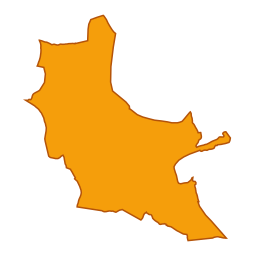 Union, Castries, Saint Lucia (Albers equal-area conic projection)
{"feature_id": "8701671B1865604971664", "entity_name": "Union", "entity_type": "district", "adm_level": 2, "iso_a3": "LCA", "parent_name": "Saint Lucia", "parent_adm1": "Castries", "projection": "albers", "projection_center": [-60.963, 14.03], "detail": "fine", "context": "isolated", "style": "filled", "palette": "amber", "viewbox_px": 256, "rotation_deg": 0, "n_neighbors": 0, "source": "geoboundaries", "source_scale": "gbopen_adm2", "svg_char_len": 5844}
<svg xmlns="http://www.w3.org/2000/svg" viewBox="0 0 256 256"><path d="M222.8,133.5L222.8,133.8L222.9,134.0L223.1,134.4L223.5,134.9L223.7,135.1L223.8,135.3L223.9,135.6L223.9,136.1L223.8,136.5L223.7,136.7L223.3,136.9L222.8,137.0L222.2,137.0L220.3,136.9L219.5,137.0L219.2,137.2L218.9,137.4L217.9,138.6L217.2,139.2L215.7,139.9L215.1,140.1L212.4,141.2L211.2,141.8L209.7,142.7L207.2,144.0L206.7,144.2L206.5,144.3L206.0,144.4L205.4,144.4L204.9,144.6L204.1,144.9L203.7,145.1L203.4,145.2L202.7,145.3L201.0,145.7L199.9,146.0L198.6,146.4L198.1,146.6L197.4,147.0L196.8,147.3L196.4,146.9L196.0,146.1L196.0,145.8L196.7,144.3L197.7,143.0L198.0,142.6L198.2,142.1L198.3,141.8L198.6,140.9L198.7,140.5L198.8,140.2L199.6,139.5L200.4,139.0L200.8,138.6L201.0,138.4L201.1,137.9L201.3,137.5L201.4,137.1L201.4,136.8L201.3,135.7L200.9,133.6L200.8,133.0L200.8,132.7L200.7,132.5L198.1,132.7L197.8,131.7L197.7,131.3L197.5,130.8L197.2,130.4L197.0,129.8L195.4,127.1L194.8,126.0L194.7,125.6L194.4,125.2L194.2,124.8L193.8,124.2L193.2,123.5L192.8,123.2L192.4,122.7L192.4,122.2L192.4,121.6L192.4,121.2L192.4,120.5L192.3,120.0L192.2,119.4L192.1,118.3L192.0,117.9L191.4,116.3L191.3,115.4L191.2,114.8L191.2,114.1L191.2,113.7L190.8,112.7L190.3,111.9L189.8,112.3L187.6,114.9L184.7,118.4L182.2,121.3L179.9,122.2L177.4,122.8L171.8,122.8L167.6,121.9L161.7,121.0L154.7,120.2L148.8,118.7L142.7,117.0L137.3,114.7L130.3,109.2L128.8,108.6L129.6,108.5L129.3,106.1L125.9,102.0L112.6,91.0L110.6,82.1L110.9,66.6L113.3,47.0L115.6,33.5L113.8,32.0L112.0,29.7L109.8,26.2L107.9,22.9L106.4,19.6L104.0,16.1L103.2,15.4L97.1,17.3L90.8,19.6L88.8,24.2L88.1,29.2L87.7,40.7L75.6,43.5L75.2,43.2L74.8,43.7L72.7,43.4L71.9,43.5L70.0,43.6L69.1,43.6L68.4,43.7L67.1,44.0L65.9,44.0L65.3,44.1L64.1,44.3L61.9,44.3L60.9,44.1L60.1,44.2L58.6,44.9L57.7,45.0L57.1,45.0L56.3,44.8L54.5,44.3L54.1,44.2L51.8,44.7L49.7,43.5L46.8,42.2L44.9,42.0L41.7,40.8L39.3,40.2L39.3,40.4L40.1,42.2L40.4,42.7L40.5,43.3L40.8,44.7L40.8,45.1L40.9,45.6L40.8,47.8L40.8,48.4L41.0,49.5L41.0,49.8L40.9,52.4L40.4,56.3L40.1,57.8L39.6,59.4L39.3,60.6L39.0,61.2L38.7,61.9L37.7,65.0L37.2,66.0L43.8,67.4L45.4,73.9L44.5,82.5L40.0,89.7L39.6,90.3L38.4,91.1L35.9,92.4L34.3,93.3L33.4,94.0L32.8,94.8L32.2,96.3L32.0,97.5L31.0,99.5L30.4,99.7L29.4,99.4L29.0,99.4L28.7,99.6L27.9,100.3L27.1,100.3L26.2,100.2L25.6,100.2L34.6,105.8L36.0,107.1L36.9,107.8L38.0,108.7L38.6,109.3L39.3,110.2L39.9,111.1L40.8,112.3L41.3,112.8L42.9,116.1L43.8,118.0L44.6,121.7L45.3,123.2L45.9,126.0L46.3,127.7L46.1,131.0L45.4,135.0L44.8,138.8L45.2,141.3L48.7,156.1L49.8,157.1L50.4,157.5L53.5,158.1L55.7,158.6L57.9,158.6L59.8,157.6L61.4,156.0L63.0,155.2L64.1,157.4L64.3,159.1L65.2,163.9L66.1,165.5L66.4,167.7L70.5,169.3L70.5,169.5L72.0,171.9L73.4,174.5L75.3,177.8L74.6,178.8L77.3,181.3L79.7,186.4L81.0,190.2L81.3,192.6L81.0,194.5L80.3,196.6L79.4,198.5L78.7,200.3L78.1,203.2L77.3,205.1L77.1,206.9L101.9,210.7L103.4,211.5L104.4,211.7L105.0,211.7L106.4,211.6L106.7,211.5L109.0,211.0L110.1,211.0L111.4,211.2L112.9,211.1L114.0,211.6L115.8,212.2L116.2,212.1L119.3,210.3L120.4,210.0L121.5,209.8L122.1,209.5L140.9,220.0L141.3,219.6L141.7,219.2L142.0,218.8L142.2,218.5L142.5,218.2L142.6,217.8L142.9,217.3L143.1,216.7L143.3,216.0L143.5,215.7L143.6,215.4L143.7,214.8L143.9,214.4L144.1,214.3L144.3,213.9L144.9,213.2L145.3,213.1L146.3,212.3L146.4,212.7L146.6,212.7L146.8,213.0L147.1,213.2L147.4,213.4L147.7,213.5L148.0,213.7L148.1,213.8L148.4,213.9L148.6,214.2L148.9,214.4L149.2,214.5L149.7,214.6L151.0,214.7L151.2,214.9L151.4,215.0L151.5,215.1L151.8,215.7L152.2,216.7L152.4,217.0L152.4,217.3L152.6,217.8L152.7,218.1L152.7,218.3L153.0,218.6L153.3,218.8L153.4,219.1L153.7,219.4L154.0,219.6L154.2,219.8L154.6,220.2L154.9,220.4L155.1,220.5L155.3,220.8L156.3,221.4L156.4,221.5L156.6,221.7L157.4,222.0L157.7,222.2L158.1,222.6L158.6,223.0L158.9,223.4L159.0,223.7L159.6,224.2L160.0,224.3L160.5,224.4L161.7,224.1L162.1,224.0L162.6,224.0L162.9,224.0L163.3,223.9L163.8,223.9L164.1,223.9L164.4,223.9L164.6,223.7L165.0,223.9L165.7,224.1L166.1,224.3L166.1,224.5L166.1,224.9L166.2,225.1L166.4,225.4L167.4,225.4L167.6,226.0L171.1,226.8L176.6,230.5L183.3,234.0L186.9,234.5L187.0,235.0L187.3,235.5L187.3,235.8L187.4,236.1L187.4,236.6L187.3,237.3L187.3,237.7L187.4,238.1L187.5,238.2L187.5,238.4L187.6,238.8L187.6,239.1L187.9,240.1L188.0,240.2L188.1,240.6L212.8,238.0L213.4,237.6L213.9,237.4L214.4,237.3L214.8,237.1L215.1,237.1L216.6,236.8L217.4,236.7L217.9,236.8L218.5,236.8L219.0,237.0L219.3,237.1L220.1,237.2L220.6,237.3L221.0,237.3L221.4,237.5L221.6,237.5L222.3,237.7L222.9,237.8L223.4,237.9L223.8,238.0L224.7,238.0L225.2,238.1L226.3,238.1L211.2,220.9L205.7,215.2L199.5,206.3L198.0,202.0L198.6,202.2L198.9,201.8L198.2,199.9L197.8,198.5L197.6,197.5L197.5,196.9L197.4,196.3L197.1,195.3L196.8,194.2L196.5,193.6L196.3,193.2L196.0,192.0L195.8,190.4L195.6,189.4L195.6,188.8L195.1,187.2L194.9,186.6L194.8,185.6L194.8,184.9L195.9,184.1L195.9,182.5L195.0,181.4L193.7,181.4L192.6,180.7L192.6,179.2L192.9,177.4L192.1,177.7L191.1,179.8L189.8,181.0L187.8,182.6L184.1,183.0L180.7,183.8L178.6,183.2L177.7,181.5L176.4,175.4L175.3,172.4L174.2,168.7L174.0,166.7L175.5,164.0L178.8,160.2L183.8,156.9L189.6,154.1L199.9,150.3L200.1,150.7L200.4,150.9L200.8,151.1L201.1,151.3L202.0,151.2L202.8,150.8L203.4,150.4L203.9,150.4L204.4,150.2L204.8,150.1L206.0,150.2L207.0,150.3L207.2,150.2L208.1,149.8L208.5,149.5L208.9,149.5L209.7,149.2L210.1,149.3L210.6,149.2L210.9,149.3L212.2,148.9L212.7,148.9L213.2,148.6L213.7,148.3L214.1,148.1L214.4,147.7L214.5,147.1L214.7,146.7L215.0,146.2L215.3,145.8L215.6,145.4L216.9,145.6L217.2,145.3L217.5,144.8L220.2,144.5L221.2,144.4L222.9,144.0L225.5,143.5L229.0,142.4L229.2,142.1L229.4,141.7L229.7,141.1L229.9,140.6L230.0,140.1L230.3,138.4L230.4,138.0L225.9,131.8L225.3,131.8L224.8,131.9L224.1,132.1L223.8,132.3L223.5,132.5L223.1,132.9L222.9,133.2L222.8,133.5Z" fill="#f59e0b" stroke="#b45309" stroke-width="1.5"/></svg>